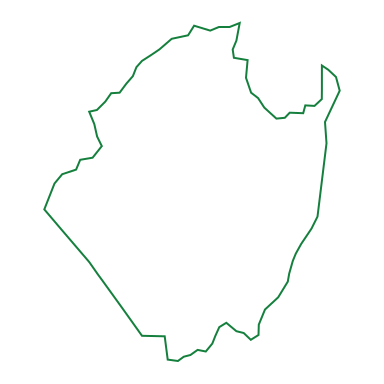 outline of Doutor Severiano, Rio Grande do Norte, Brazil
{"feature_id": "56859067B85675628272151", "entity_name": "Doutor Severiano", "entity_type": "district", "adm_level": 2, "iso_a3": "BRA", "parent_name": "Brazil", "parent_adm1": "Rio Grande do Norte", "projection": "natural_earth1", "projection_center": [-38.397, -6.115], "detail": "fine", "context": "isolated", "style": "outline", "palette": "green", "viewbox_px": 384, "rotation_deg": 0, "n_neighbors": 0, "source": "geoboundaries", "source_scale": "gbopen_adm2", "svg_char_len": 1057}
<svg xmlns="http://www.w3.org/2000/svg" viewBox="0 0 384 384"><path d="M188.1,35.3L171.7,38.8L159.3,49.5L150.4,55.5L142.0,60.9L136.4,67.2L132.9,76.1L126.3,83.7L119.6,92.7L111.2,93.2L105.3,101.6L96.9,110.0L89.2,111.7L94.3,124.1L97.1,136.5L101.8,146.1L92.6,157.7L80.2,159.8L76.1,169.6L62.2,174.2L54.5,183.5L44.3,209.4L61.4,229.5L89.2,262.0L97.8,274.3L102.5,280.7L122.2,308.0L142.0,335.8L164.7,336.3L167.7,359.6L177.9,361.0L183.8,356.7L190.4,355.0L197.6,349.9L205.8,351.5L212.3,343.6L215.3,336.0L219.3,327.1L226.3,322.8L236.4,331.2L243.7,333.0L250.8,339.8L258.5,335.0L258.8,324.6L265.0,309.5L278.2,297.3L287.8,281.6L289.2,273.6L292.8,260.9L295.8,253.6L301.2,243.9L311.5,228.6L317.5,216.6L326.5,143.3L325.0,122.0L339.7,90.7L336.0,77.0L328.3,69.8L321.9,65.5L321.9,89.2L321.8,99.1L314.5,105.9L305.3,105.4L303.2,113.2L289.7,112.7L284.8,117.8L276.4,118.6L264.3,107.6L258.1,98.1L251.1,92.7L246.0,77.8L247.6,60.1L233.9,57.8L232.7,49.5L236.4,40.6L239.7,23.0L229.6,27.0L218.9,27.0L210.2,30.6L194.1,25.7L188.1,35.3Z" fill="none" stroke="#15803d" stroke-width="2"/></svg>